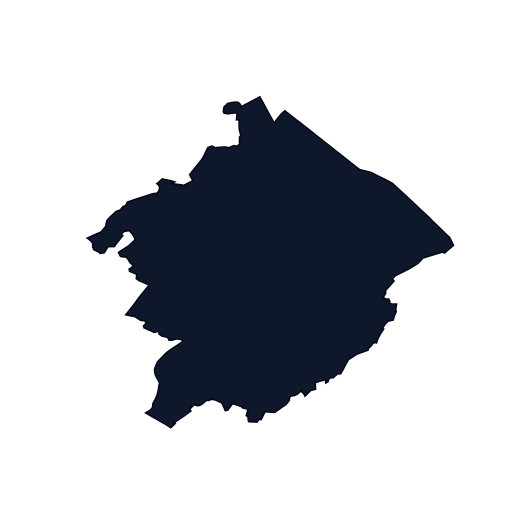 the district of Lestenes pag., Tukums, Latvia, rotated 149°
{"feature_id": "27541924B48713884824227", "entity_name": "Lestenes pag.", "entity_type": "district", "adm_level": 2, "iso_a3": "LVA", "parent_name": "Latvia", "parent_adm1": "Tukums", "projection": "equal_earth", "projection_center": [23.152, 56.775], "detail": "fine", "context": "isolated", "style": "filled", "palette": "ink", "viewbox_px": 512, "rotation_deg": 149, "n_neighbors": 0, "source": "geoboundaries", "source_scale": "gbopen_adm2", "svg_char_len": 5970}
<svg xmlns="http://www.w3.org/2000/svg" viewBox="0 0 512 512"><g transform="rotate(149 256 256)"><path d="M197.4,119.4L197.1,119.8L193.9,122.4L189.1,125.3L184.1,127.7L184.9,128.9L180.4,131.0L176.4,132.1L171.4,130.4L167.9,133.7L164.6,135.9L163.5,138.5L160.2,142.4L163.9,144.6L165.8,146.3L164.6,148.2L164.4,150.8L166.6,152.0L168.4,155.1L167.6,155.4L167.2,155.5L164.1,157.2L162.6,159.7L161.7,160.0L159.7,160.6L155.7,161.8L150.6,163.4L150.5,163.5L150.9,166.0L146.8,167.3L132.2,166.2L131.6,166.1L121.1,166.2L120.6,166.3L114.1,168.2L113.7,168.2L96.6,163.9L94.0,163.3L93.9,163.1L93.0,161.4L81.2,163.4L81.0,166.2L80.6,170.2L80.5,172.5L81.6,176.0L84.8,188.4L86.6,194.8L87.4,198.5L88.6,202.9L90.5,209.2L91.3,212.0L93.5,220.1L94.2,222.4L95.1,225.9L97.3,233.4L99.2,239.9L99.7,241.3L101.0,246.0L101.6,248.1L104.1,252.2L104.8,253.3L105.1,253.9L106.4,255.9L108.1,258.6L109.6,260.9L110.9,262.9L112.8,266.1L114.1,268.1L115.0,269.1L117.1,271.2L119.3,273.4L120.7,274.8L122.5,276.6L124.3,280.9L125.8,285.0L133.1,304.3L134.5,308.1L136.3,312.9L137.9,316.8L139.6,321.5L141.8,327.2L142.6,329.4L144.2,333.7L149.2,346.9L151.5,352.5L155.8,364.0L156.4,365.7L161.4,364.7L166.0,363.1L171.9,360.7L172.1,361.2L171.9,361.5L171.9,361.8L171.3,376.8L171.1,380.4L170.9,385.3L170.8,388.4L170.7,390.0L170.6,390.4L170.6,390.5L172.6,390.6L172.8,390.6L173.0,390.6L175.7,390.7L186.9,391.4L192.0,391.5L192.3,391.6L191.4,392.9L191.4,394.5L191.8,396.2L192.6,397.4L194.3,398.5L196.4,399.5L198.6,400.4L200.3,400.9L201.3,401.3L202.1,401.4L202.7,401.3L203.1,400.9L203.9,400.8L205.2,400.6L206.2,400.4L207.2,399.8L208.2,398.4L209.3,397.2L209.7,396.2L209.9,395.4L209.5,394.7L209.2,394.3L208.2,393.5L207.7,393.0L206.6,392.1L205.7,391.8L204.9,391.6L204.0,391.1L202.5,390.3L201.7,390.1L201.1,389.9L200.4,389.4L199.7,389.0L199.1,388.7L198.7,388.3L201.1,384.9L202.5,383.0L202.7,382.8L201.1,381.9L200.4,381.6L200.5,381.4L201.8,379.1L203.1,376.9L204.8,373.9L205.6,372.1L206.9,367.2L208.9,366.4L211.6,362.1L211.8,360.8L215.6,359.7L218.2,362.1L224.8,363.1L224.9,364.4L227.5,366.1L235.2,369.9L237.1,373.0L241.4,373.8L246.5,370.5L248.6,369.1L251.7,367.1L251.9,367.2L252.2,366.9L267.0,361.5L270.1,360.2L271.0,360.0L271.3,356.2L271.3,355.0L271.3,354.3L271.2,353.2L281.4,353.8L284.0,356.0L291.4,361.9L290.4,361.7L287.5,361.4L290.1,364.3L296.6,370.3L297.4,370.3L301.5,369.4L303.8,369.1L303.0,367.2L303.0,365.2L304.3,363.0L306.8,361.3L308.4,360.8L312.4,362.6L326.9,366.0L338.4,368.5L341.9,366.4L344.4,366.9L347.1,366.0L348.7,365.5L348.9,365.5L353.0,366.3L361.8,364.4L364.4,363.6L365.8,363.0L366.9,361.9L367.5,361.2L368.4,360.2L368.7,359.8L369.5,358.9L373.0,357.6L375.6,356.7L376.2,356.5L377.0,356.5L379.2,356.8L381.8,357.2L391.5,358.3L391.0,357.2L390.0,354.4L389.4,351.1L391.6,347.4L391.1,345.4L391.9,345.1L388.6,340.0L388.5,339.8L388.4,338.8L388.5,338.6L384.7,337.0L384.4,336.9L384.1,337.0L378.1,340.2L372.4,336.9L371.7,337.4L371.3,337.7L359.6,342.1L360.3,344.2L356.1,344.9L351.7,343.0L350.8,339.7L350.8,332.3L351.6,332.3L351.6,332.2L351.8,332.1L357.7,330.8L359.9,330.3L360.6,330.3L368.8,330.1L372.1,329.9L372.4,325.4L369.8,323.2L369.3,323.3L367.5,320.9L367.4,315.4L366.5,312.2L366.4,311.0L369.1,310.2L371.5,310.2L372.3,308.0L367.6,301.6L367.8,301.6L369.0,300.0L370.3,298.3L370.3,298.2L369.7,296.8L368.9,294.9L368.2,294.0L368.0,293.8L365.4,290.2L362.6,286.2L377.5,280.8L385.5,277.4L397.7,272.8L398.0,272.7L391.0,266.3L388.8,261.8L388.0,260.1L384.7,257.7L384.8,256.5L384.3,255.9L384.0,255.5L384.4,255.2L385.2,255.0L388.6,254.0L388.4,252.8L388.7,252.3L389.0,252.2L388.6,251.6L387.8,250.7L387.3,249.6L385.2,246.7L382.7,243.0L382.3,242.9L379.8,242.0L378.6,241.6L377.5,241.3L377.5,241.1L377.8,240.9L378.1,240.5L379.4,239.4L378.9,238.0L377.8,235.6L375.5,233.6L373.7,231.8L373.8,229.6L373.9,228.5L371.6,227.2L369.7,226.6L366.7,225.8L362.5,222.3L363.6,220.6L363.4,220.4L366.5,220.2L370.2,220.0L370.3,220.1L375.1,219.9L382.0,219.4L385.6,218.5L390.6,217.2L394.9,216.0L398.4,213.6L399.7,212.6L401.7,210.7L402.6,208.8L403.7,205.3L404.0,197.2L404.8,195.9L405.3,195.7L407.7,192.8L408.3,192.1L409.7,190.5L412.3,187.9L414.5,186.3L416.3,185.0L418.3,183.9L418.8,183.6L420.4,182.6L422.5,179.7L425.1,178.6L426.1,178.4L431.3,178.4L431.5,178.4L427.9,171.9L425.3,167.4L422.4,162.1L420.6,158.9L420.4,158.6L417.5,152.7L411.5,154.0L412.3,155.3L407.3,155.5L399.9,155.9L391.5,156.7L392.1,158.7L389.0,159.5L385.4,160.3L384.2,158.7L382.6,157.3L378.9,156.7L372.0,157.9L371.6,156.7L371.2,156.6L367.8,156.0L367.5,155.8L364.9,153.3L364.6,152.9L363.4,151.2L361.0,147.5L361.2,145.3L361.9,139.8L362.0,139.7L362.1,139.4L361.8,139.3L361.5,139.2L361.3,139.1L361.2,139.0L361.2,138.9L360.8,138.7L359.9,138.5L359.7,138.5L359.5,138.4L359.4,138.5L358.9,138.7L353.0,141.1L352.6,141.2L352.3,141.2L351.9,141.1L351.6,140.9L350.8,140.0L346.6,135.0L345.5,133.7L345.2,133.6L345.0,133.3L345.9,133.0L345.8,132.8L342.0,128.9L341.8,128.8L346.6,124.2L345.7,122.6L347.4,118.8L347.4,118.7L347.5,117.9L347.5,117.6L342.5,114.3L341.6,113.7L340.6,113.0L337.9,114.4L335.9,113.1L333.9,114.3L328.6,117.7L328.3,117.7L328.1,117.5L327.4,117.0L323.8,114.6L322.5,113.6L321.2,112.7L320.6,112.4L320.1,112.3L319.5,112.3L318.0,112.5L315.9,112.6L310.8,113.0L309.1,113.1L306.8,113.2L303.7,114.3L302.5,114.7L302.3,114.8L299.5,117.7L299.4,117.8L298.8,117.8L297.9,117.9L295.4,116.8L294.8,116.5L293.5,116.4L292.2,116.3L290.5,116.4L289.6,116.6L287.2,117.1L286.4,117.1L286.6,116.7L286.7,116.2L286.7,115.7L286.7,115.4L286.5,114.8L286.3,114.2L286.1,113.6L286.1,113.4L286.1,112.7L286.1,111.9L286.1,111.3L286.2,111.0L286.3,110.6L286.2,110.6L278.2,112.5L273.5,111.1L273.3,111.7L270.3,116.9L260.7,114.4L260.6,113.9L261.7,111.1L258.7,111.2L258.5,111.3L258.5,112.1L258.3,112.3L255.0,113.4L252.7,111.8L249.8,112.4L246.6,112.9L244.6,111.7L244.1,111.4L242.4,112.4L238.9,114.3L236.2,116.1L233.3,117.7L231.2,118.9L230.1,119.6L224.7,119.7L223.1,119.7L221.5,119.8L220.5,120.0L209.8,117.8L209.2,117.8L208.3,117.6L207.4,118.8L202.8,119.8L201.7,120.7L199.1,120.8L197.4,119.4Z" fill="#0f172a" stroke="#020617" stroke-width="1.5"/></g></svg>